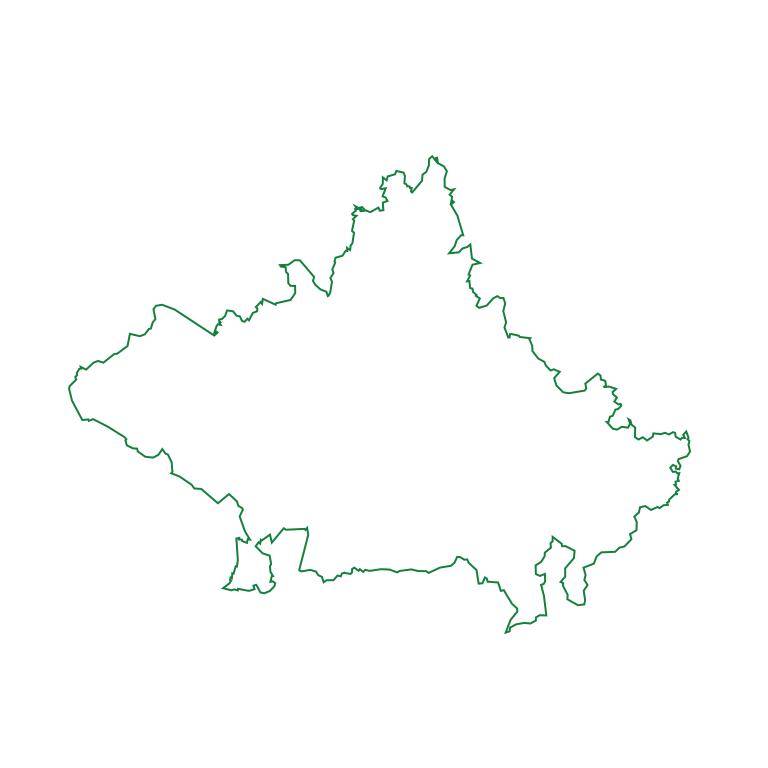 outline of Izúcar de Matamoros, Puebla, Mexico, rotated 277°
{"feature_id": "50627088B35864847350970", "entity_name": "Izúcar de Matamoros", "entity_type": "district", "adm_level": 2, "iso_a3": "MEX", "parent_name": "Mexico", "parent_adm1": "Puebla", "projection": "mercator", "projection_center": [-98.44, 18.506], "detail": "fine", "context": "isolated", "style": "outline", "palette": "green", "viewbox_px": 768, "rotation_deg": 277, "n_neighbors": 0, "source": "geoboundaries", "source_scale": "gbopen_adm2", "svg_char_len": 6149}
<svg xmlns="http://www.w3.org/2000/svg" viewBox="0 0 768 768"><g transform="rotate(277 384 384)"><path d="M489.3,266.3L488.0,267.3L488.0,272.1L483.5,273.0L481.4,275.4L472.5,276.7L470.0,279.3L470.5,283.8L463.4,284.8L456.0,281.0L451.0,267.0L449.5,266.8L453.7,253.4L448.7,253.2L450.4,251.8L444.8,247.4L443.6,249.1L440.7,249.2L438.6,245.2L430.8,242.2L432.2,240.5L428.8,238.1L429.2,235.5L433.6,232.6L433.7,229.4L437.8,225.3L437.9,219.3L432.2,218.0L428.9,215.4L427.8,212.5L425.0,213.1L425.8,214.9L424.2,213.5L422.8,214.7L423.0,211.8L421.2,210.8L414.0,209.2L413.3,211.0L415.4,211.5L414.8,212.5L411.4,209.6L432.4,167.1L435.6,154.1L433.8,148.1L430.1,146.1L420.6,149.2L416.9,146.9L410.6,145.8L409.9,143.9L404.2,140.6L401.7,135.9L402.8,125.7L390.4,124.8L381.5,115.4L380.9,112.6L371.0,102.9L372.0,97.3L369.8,93.1L362.0,86.6L364.0,80.9L362.4,81.6L362.0,79.7L357.2,77.7L355.5,78.4L353.4,76.7L350.9,77.9L343.5,72.2L340.9,72.0L329.4,76.4L311.5,88.9L312.8,94.8L311.4,95.5L313.7,99.5L307.9,115.3L299.5,133.2L297.8,135.0L296.6,134.2L291.8,136.2L289.5,142.7L289.8,146.8L287.1,147.8L282.7,155.9L282.8,163.8L286.2,168.7L292.3,171.9L288.4,175.4L287.7,178.1L280.6,182.7L271.2,184.7L269.5,183.7L267.3,192.3L260.5,205.4L257.2,208.5L257.6,215.3L245.4,233.7L255.9,243.6L249.5,252.4L245.4,254.2L243.4,258.5L241.9,259.2L235.0,256.9L221.1,263.8L213.2,269.9L213.4,267.7L209.6,267.3L210.9,262.2L212.3,261.7L212.0,258.9L213.6,259.0L212.6,256.3L191.3,260.4L184.9,260.3L185.0,259.0L177.4,257.8L177.7,256.5L172.9,256.7L173.3,255.3L170.8,255.1L170.4,256.3L167.4,255.0L161.7,249.2L160.6,257.6L161.9,260.4L161.3,264.0L162.9,264.1L162.2,275.2L164.6,280.5L167.9,279.0L169.1,281.7L162.0,286.8L161.7,290.7L164.6,295.9L169.8,299.8L173.0,300.3L174.6,297.6L173.8,295.4L179.6,296.0L179.8,297.2L183.7,294.2L189.2,293.0L191.4,293.9L199.7,291.5L201.1,284.2L207.3,276.4L211.7,278.9L210.5,280.5L214.4,280.7L213.8,281.8L220.6,289.2L212.9,292.0L228.6,302.1L227.4,304.4L230.5,322.8L229.6,323.8L231.8,325.2L225.2,327.2L188.9,322.5L187.9,324.8L190.5,333.4L189.5,339.4L186.2,342.1L185.0,345.9L179.9,348.3L182.2,350.8L183.1,357.8L188.2,361.2L187.8,364.6L190.6,365.2L192.3,368.5L191.7,367.9L191.4,373.9L193.1,375.3L196.3,374.8L198.1,376.9L195.5,381.6L197.2,382.6L194.9,386.3L197.2,387.8L196.8,392.8L199.8,403.4L200.5,412.0L198.6,420.1L200.3,422.2L203.3,433.7L202.5,440.8L203.4,448.7L201.9,451.3L208.6,462.0L211.7,472.6L215.3,475.8L221.3,477.7L221.5,480.5L219.4,485.1L220.0,488.0L216.9,489.8L210.6,498.5L197.4,502.3L198.2,506.0L204.3,507.8L203.4,509.8L200.4,510.9L200.9,521.4L192.9,525.2L194.0,528.0L181.4,537.9L177.4,543.5L174.4,544.1L165.1,538.3L152.1,535.1L153.8,538.8L157.6,538.9L161.6,544.5L164.0,552.4L164.1,558.5L167.7,563.5L170.8,563.3L173.4,566.5L174.1,573.3L193.1,568.6L203.8,564.4L205.0,566.9L207.8,568.0L215.1,566.9L212.5,562.2L213.9,557.9L222.5,556.6L226.5,561.6L232.5,564.4L236.2,564.2L241.9,569.6L246.3,568.7L248.3,570.5L252.8,570.0L247.1,579.8L244.7,580.6L245.2,584.1L241.7,593.5L234.3,593.7L223.1,586.3L214.8,587.3L209.0,583.4L208.2,586.1L205.5,586.3L197.1,592.0L192.7,592.2L188.1,603.4L189.6,609.6L194.0,610.0L203.1,607.4L209.3,610.5L214.0,606.7L219.0,607.4L226.0,604.4L231.3,614.2L238.7,616.0L243.4,620.3L245.6,633.8L250.3,637.8L252.0,642.4L259.2,647.8L260.2,648.5L265.0,646.5L269.6,652.4L277.8,651.7L282.9,648.6L287.5,652.7L292.8,653.1L294.7,658.2L291.5,664.3L295.2,670.4L294.4,672.7L297.7,676.2L298.6,680.5L300.8,679.4L302.1,681.2L304.1,681.2L309.8,685.9L310.6,689.1L310.9,687.1L312.4,686.8L314.9,689.7L319.3,684.6L319.8,686.0L322.6,685.3L323.8,688.4L325.9,687.0L331.5,687.9L331.0,686.0L332.6,684.5L332.0,681.3L335.8,678.3L338.8,680.5L338.0,684.0L335.6,684.0L335.3,687.4L338.9,688.3L343.2,685.1L345.3,685.5L349.3,693.6L354.3,696.0L360.8,693.6L364.7,694.1L366.1,692.1L367.8,692.8L373.7,689.8L370.1,687.2L367.1,689.3L366.9,686.3L365.0,685.1L367.2,680.0L371.0,678.8L371.4,676.7L368.6,673.0L369.8,668.9L368.0,664.9L367.8,657.4L364.4,657.1L360.0,652.0L362.7,647.4L359.9,643.4L361.8,639.6L371.4,638.6L373.8,634.6L377.9,633.0L378.8,631.0L374.9,633.0L370.4,631.6L370.5,625.2L367.2,621.0L367.4,616.7L373.5,609.7L373.7,611.4L379.1,612.3L380.3,614.9L386.8,616.8L387.7,619.5L391.5,622.2L393.1,621.2L392.3,619.1L394.7,614.8L399.0,616.8L401.8,612.5L403.9,611.9L407.4,615.0L408.9,607.9L407.6,602.2L409.5,604.5L414.1,603.2L414.9,598.7L418.7,597.9L420.4,595.0L409.0,583.8L404.1,585.3L401.9,583.9L397.4,568.8L397.6,562.9L403.5,555.3L410.6,552.2L417.5,556.9L419.3,550.7L417.7,547.7L422.2,542.3L425.5,540.5L428.1,534.0L434.8,527.3L440.0,526.5L446.0,522.9L447.3,523.6L447.2,513.1L448.4,511.9L449.1,504.7L448.8,503.0L445.5,502.9L445.3,501.7L454.7,496.7L460.0,497.7L471.0,493.5L478.7,494.5L483.9,492.1L483.4,489.0L485.0,485.9L482.5,482.1L474.4,476.4L471.2,469.2L472.9,466.2L480.6,468.7L482.7,464.4L483.6,465.0L486.2,461.2L489.4,460.2L489.8,457.8L496.6,456.2L496.0,454.0L502.2,456.3L503.0,454.6L513.2,457.3L515.8,464.7L519.2,456.0L533.0,452.7L530.1,449.9L528.1,445.4L523.8,442.2L521.7,432.7L529.2,437.3L535.7,438.6L541.1,442.5L541.3,444.5L560.1,436.3L570.3,428.5L573.0,431.3L574.2,429.6L572.7,428.5L578.1,428.8L579.9,426.1L585.8,429.8L584.6,426.3L587.1,420.2L595.2,419.1L602.9,420.5L607.3,416.9L609.8,410.6L615.0,409.1L614.6,408.1L611.3,408.8L615.9,404.1L612.8,401.4L606.5,401.9L599.8,400.2L596.4,396.7L590.4,397.0L577.5,388.6L578.5,387.3L581.9,387.6L581.6,386.0L583.3,385.2L583.0,383.0L585.1,381.7L585.6,379.8L593.1,379.4L596.2,377.6L597.0,370.3L593.5,369.4L590.5,362.4L586.5,361.8L588.9,357.7L582.6,358.4L578.0,356.2L577.0,357.6L578.5,361.8L570.1,359.8L569.2,363.0L566.1,365.1L563.9,360.7L556.4,362.2L555.5,358.8L558.4,356.9L552.9,349.5L554.1,344.1L556.9,340.9L556.0,338.1L553.1,342.0L552.7,339.9L555.4,337.6L557.0,333.8L554.4,335.8L554.0,334.1L552.6,334.9L549.0,331.6L547.8,332.5L547.6,336.2L543.8,333.0L542.5,334.5L532.0,333.6L530.5,335.8L519.9,335.5L517.3,334.0L512.9,334.0L514.6,330.8L511.5,331.4L511.6,329.8L506.2,327.1L503.5,320.6L499.7,319.9L498.5,320.8L491.5,318.7L488.0,320.4L482.6,317.9L479.2,319.9L468.3,319.5L464.9,318.2L464.4,317.5L468.6,315.6L470.2,309.3L474.1,303.7L477.7,300.9L481.7,301.6L496.5,285.5L496.0,280.3L490.7,274.6L489.3,266.3Z" fill="none" stroke="#15803d" stroke-width="2"/></g></svg>